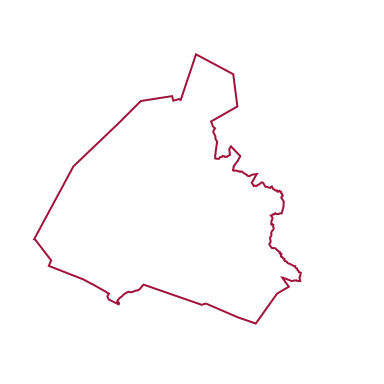 Santiago Laollaga, Oaxaca, Mexico (Mercator projection), rotated 110°
{"feature_id": "50627088B88558586177583", "entity_name": "Santiago Laollaga", "entity_type": "district", "adm_level": 2, "iso_a3": "MEX", "parent_name": "Mexico", "parent_adm1": "Oaxaca", "projection": "mercator", "projection_center": [-95.271, 16.634], "detail": "fine", "context": "isolated", "style": "outline", "palette": "rose", "viewbox_px": 384, "rotation_deg": 110, "n_neighbors": 0, "source": "geoboundaries", "source_scale": "gbopen_adm2", "svg_char_len": 4123}
<svg xmlns="http://www.w3.org/2000/svg" viewBox="0 0 384 384"><g transform="rotate(110 192 192)"><path d="M247.9,68.6L241.6,77.9L241.4,76.8L241.6,67.8L241.2,66.8L240.5,66.3L240.1,65.5L239.8,64.6L239.3,63.7L239.6,63.0L239.2,62.0L239.1,61.2L239.0,60.5L238.5,59.8L237.2,60.8L236.3,61.3L235.5,61.9L234.4,61.8L234.0,61.4L233.2,61.7L232.1,61.9L231.5,62.1L230.8,62.1L230.6,62.8L230.8,64.0L230.4,64.5L229.7,64.9L229.5,65.6L229.1,66.3L228.5,66.8L228.0,67.1L228.0,67.6L227.7,68.4L227.7,69.0L227.0,69.5L226.4,69.7L226.6,70.8L226.7,71.9L226.4,72.5L226.3,74.1L226.1,75.6L226.2,76.7L226.1,77.5L225.7,78.6L225.1,79.1L224.9,80.1L225.1,81.2L224.4,82.0L223.3,82.1L223.2,83.9L222.3,84.6L222.4,85.7L221.9,86.6L221.0,86.8L220.1,86.5L219.4,87.0L219.8,87.9L219.7,88.5L218.9,88.6L218.4,88.8L218.2,89.5L218.2,90.4L216.7,93.8L216.4,94.9L216.7,95.9L217.1,96.7L217.3,97.9L216.5,99.1L215.1,101.2L214.4,101.5L213.4,101.4L212.5,101.0L211.4,101.3L210.4,101.8L209.2,102.7L208.1,103.0L206.9,102.7L206.0,102.5L205.2,102.6L204.4,103.2L203.0,103.6L201.4,103.5L199.7,102.8L198.4,102.7L197.3,103.4L196.3,104.1L195.2,104.2L194.8,104.9L194.8,105.4L195.4,105.8L195.4,106.4L194.6,106.7L193.6,107.0L192.7,107.2L191.6,107.4L190.6,107.2L189.3,107.3L188.2,108.1L187.1,109.8L186.5,109.1L185.1,108.0L185.1,107.4L184.3,107.1L183.4,106.5L183.9,105.7L183.5,104.0L183.2,103.3L182.5,102.5L181.7,101.5L181.5,100.4L175.7,100.9L175.0,100.9L169.6,102.5L166.8,106.1L166.2,106.0L165.7,106.2L165.1,105.5L164.8,105.5L164.4,105.7L163.9,105.7L163.5,106.3L163.4,106.7L162.7,107.1L162.5,108.0L162.4,108.2L161.5,108.4L161.6,108.8L161.4,109.3L161.3,109.7L161.0,109.8L160.9,110.1L161.5,110.7L162.0,110.8L162.5,111.8L162.2,112.3L161.6,112.7L161.6,113.3L161.9,114.0L162.0,114.6L161.6,115.0L161.6,116.0L161.4,116.3L161.4,116.8L160.9,117.5L160.5,117.7L160.0,118.4L159.5,118.7L159.6,119.1L160.2,119.5L161.1,119.7L161.4,119.9L161.5,120.6L161.5,121.5L161.5,122.4L161.5,123.4L161.8,124.0L161.9,124.5L161.6,125.3L161.1,125.9L160.4,126.7L160.1,127.1L159.2,128.0L159.0,128.7L159.1,129.6L159.5,130.2L160.6,130.7L161.2,131.2L162.1,131.7L163.0,132.7L163.4,133.0L164.1,133.3L164.4,134.1L164.6,134.7L164.6,135.5L165.2,136.0L162.8,139.0L152.9,137.2L155.2,141.5L157.7,143.7L157.6,145.9L157.1,146.5L156.8,148.4L156.7,149.1L156.5,149.8L156.4,150.2L156.0,151.0L155.8,152.1L155.9,153.0L156.6,153.7L156.4,154.8L156.7,155.3L156.8,155.9L156.7,156.4L156.6,156.9L156.6,157.3L156.7,157.8L157.0,158.3L157.3,159.1L157.6,159.6L157.6,159.9L157.7,160.4L157.6,161.0L157.1,161.1L156.6,161.0L156.1,161.0L155.8,161.2L155.1,161.3L154.5,161.2L154.0,161.5L153.4,161.7L152.7,161.3L151.8,161.0L151.2,160.9L150.2,160.8L149.7,160.4L149.2,160.3L148.2,160.1L147.5,159.7L146.5,159.6L144.4,159.3L143.5,159.2L142.7,158.9L141.7,159.0L135.8,171.0L139.2,171.6L144.1,169.0L145.2,169.9L146.1,170.6L146.6,170.9L147.0,171.2L147.2,171.7L147.2,172.3L147.8,172.9L147.3,173.7L147.6,174.5L147.6,175.6L148.6,175.8L149.3,176.6L149.5,177.4L150.8,177.9L151.6,178.1L151.9,179.1L152.2,179.8L152.4,181.0L152.5,181.7L151.9,181.9L150.7,182.3L149.6,182.9L148.1,182.8L147.1,183.3L137.2,185.4L136.3,185.4L134.9,187.1L134.4,187.7L133.4,188.5L131.9,189.0L131.3,189.3L128.9,192.2L127.0,192.8L124.3,192.1L123.2,194.8L119.2,198.2L109.2,189.7L96.1,178.6L72.1,191.0L67.2,193.5L61.3,235.3L109.4,234.1L109.1,235.9L112.6,240.8L108.7,243.5L124.0,271.2L153.3,284.9L192.5,304.3L208.5,312.2L290.5,324.2L290.5,322.8L304.5,300.9L310.4,301.3L311.3,264.2L312.5,256.0L312.7,254.1L313.0,252.2L313.4,249.8L313.7,247.7L313.8,247.5L314.1,245.7L314.3,244.2L314.4,243.8L314.6,242.4L314.8,241.3L315.2,238.9L315.6,237.1L315.9,235.2L316.7,235.4L319.0,235.9L321.5,233.3L322.7,222.5L322.4,222.4L321.8,222.4L321.1,222.8L320.6,223.7L321.0,224.6L320.5,224.8L319.4,224.9L316.9,223.9L315.6,223.3L314.0,222.1L312.4,221.5L310.8,220.5L310.0,219.9L308.7,219.0L308.3,218.3L308.1,218.1L307.4,217.4L307.4,216.5L307.2,215.6L306.8,214.4L305.7,213.1L304.2,211.4L303.6,210.7L303.2,209.5L302.3,208.6L301.1,207.9L299.8,207.4L297.9,206.8L296.7,206.3L295.6,205.8L294.7,144.2L293.8,143.2L292.3,141.1L292.1,140.0L294.1,106.2L293.8,87.1L258.4,77.3L247.9,68.6Z" fill="none" stroke="#9f1239" stroke-width="2"/></g></svg>